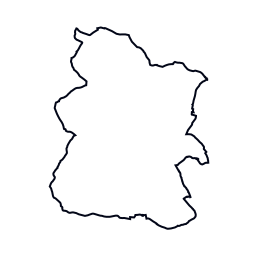 Catina, Cluj, Romania, rotated 174°
{"feature_id": "2599482B31598645365183", "entity_name": "Catina", "entity_type": "district", "adm_level": 2, "iso_a3": "ROU", "parent_name": "Romania", "parent_adm1": "Cluj", "projection": "albers", "projection_center": [24.16, 46.852], "detail": "fine", "context": "isolated", "style": "outline", "palette": "ink", "viewbox_px": 256, "rotation_deg": 174, "n_neighbors": 0, "source": "geoboundaries", "source_scale": "gbopen_adm2", "svg_char_len": 5656}
<svg xmlns="http://www.w3.org/2000/svg" viewBox="0 0 256 256"><g transform="rotate(174 128 128)"><path d="M148.1,230.4L147.7,228.9L152.5,226.6L155.9,224.5L156.5,224.4L157.4,224.7L159.6,225.8L163.0,227.3L163.5,227.7L165.1,228.4L166.2,229.4L167.1,230.3L167.7,231.4L168.1,232.0L168.9,232.4L169.9,230.8L170.3,230.4L170.7,228.7L170.6,227.8L170.6,227.1L170.9,226.3L171.4,225.6L171.5,224.8L171.5,223.8L171.3,222.9L169.9,221.2L168.9,220.7L165.5,218.6L164.8,218.1L164.6,217.6L164.9,217.0L166.6,215.1L168.8,211.8L170.0,210.2L171.2,209.4L171.0,208.7L173.2,205.5L173.9,204.8L174.4,204.5L175.6,203.8L176.9,203.5L177.0,202.4L177.7,200.4L177.7,199.5L177.6,199.2L177.2,198.0L177.1,196.1L176.8,194.7L176.1,193.6L175.5,191.4L174.4,190.5L172.5,188.3L171.2,186.0L171.1,185.4L170.2,184.2L169.0,183.2L166.4,180.8L164.4,178.7L165.1,174.9L166.2,174.8L169.6,173.5L171.0,173.2L172.6,173.1L174.3,173.2L175.7,173.0L176.9,172.5L179.9,170.8L180.8,170.4L182.4,169.0L183.5,168.3L185.0,166.9L186.3,166.0L188.7,165.0L191.3,164.6L192.1,164.2L192.8,163.6L193.5,162.7L193.7,162.4L193.8,161.8L194.7,161.7L195.7,161.1L196.9,160.9L197.3,160.2L197.9,158.3L198.7,156.0L198.8,155.4L197.2,149.6L196.3,147.1L195.3,144.6L194.7,143.3L193.4,140.9L192.5,138.7L192.0,136.4L191.8,134.1L191.6,133.6L190.7,133.5L190.2,133.1L190.1,132.4L190.1,131.8L189.6,131.3L188.2,130.6L186.3,130.4L185.3,130.0L184.1,129.2L182.4,127.6L181.2,126.3L182.5,125.9L182.8,125.7L183.8,124.5L184.5,123.3L185.1,122.7L186.6,121.6L188.8,118.7L190.2,116.5L190.4,115.6L191.3,114.1L191.4,112.5L191.3,110.6L191.4,109.5L192.4,108.1L193.4,107.1L194.3,105.8L196.3,103.7L197.4,102.9L198.6,102.4L198.8,101.5L199.0,101.1L200.3,99.7L200.6,98.8L201.1,97.9L202.3,96.3L202.2,95.7L202.3,95.6L203.1,95.1L203.4,94.8L203.6,94.5L203.9,94.2L204.4,93.9L206.6,91.2L206.9,90.7L207.0,90.1L207.0,89.4L206.9,88.7L206.2,87.3L205.9,86.8L206.1,85.9L206.7,84.8L207.3,84.2L208.6,82.7L209.3,82.3L210.4,81.0L211.9,78.0L211.5,77.3L210.8,76.0L210.4,73.6L210.1,72.6L209.7,68.3L209.4,67.3L208.9,66.4L207.6,65.7L206.8,64.9L203.2,60.8L202.9,59.7L202.8,58.8L202.9,57.9L202.9,57.4L202.7,57.1L202.3,56.9L201.7,56.2L201.6,55.8L201.8,54.7L201.5,53.1L201.3,52.9L201.0,52.6L199.1,52.2L197.7,51.7L196.3,50.4L195.4,49.9L194.6,49.7L192.2,49.9L191.3,49.8L188.4,48.8L185.9,47.3L180.0,45.1L177.1,45.4L174.8,46.0L172.6,46.5L171.9,46.5L171.0,46.3L170.0,45.9L165.7,44.1L164.6,43.7L163.1,43.4L161.0,42.5L159.0,42.0L155.6,41.6L154.0,41.7L149.7,42.1L148.1,42.0L147.7,41.8L147.1,41.5L146.5,40.8L145.9,39.9L145.3,39.5L144.5,39.3L143.0,39.0L141.1,38.9L135.4,37.2L135.2,39.2L131.3,38.4L130.7,39.0L130.2,39.6L129.8,40.3L129.7,40.7L127.8,40.6L125.4,40.7L124.5,40.4L123.0,39.7L122.9,39.5L122.9,39.2L122.5,39.1L122.4,40.0L120.5,39.6L119.5,39.7L119.1,35.9L117.8,36.0L117.3,35.9L116.2,35.4L115.3,34.7L112.9,32.6L109.8,30.2L108.8,29.1L109.0,29.0L107.7,28.0L104.8,26.3L101.8,25.0L100.5,24.2L99.3,23.7L98.4,23.6L95.8,23.6L91.7,24.2L89.6,25.0L88.7,25.6L88.0,25.3L87.3,25.3L86.7,25.4L85.0,26.1L83.8,26.0L83.1,26.1L82.2,26.4L80.3,26.5L79.8,26.9L78.7,27.5L77.9,28.0L77.2,29.0L75.5,29.7L74.6,30.2L72.3,31.0L71.6,31.4L70.1,32.9L69.9,33.7L69.7,34.5L69.8,35.8L70.6,38.9L70.7,39.1L71.2,39.4L71.7,40.2L71.9,40.8L72.4,41.1L72.9,42.0L75.0,44.4L80.0,51.8L79.7,52.1L78.9,52.4L78.0,53.0L77.2,53.3L76.8,53.3L76.4,53.6L75.7,53.2L75.4,53.4L74.7,53.5L74.4,53.4L73.6,53.4L73.4,52.7L73.1,52.8L73.3,53.5L73.3,53.9L74.3,57.4L74.7,57.8L74.8,57.9L74.7,58.6L75.2,59.7L75.5,60.6L75.8,60.8L75.9,61.0L76.4,61.9L76.4,62.3L76.5,62.4L77.4,63.5L77.6,64.0L78.1,64.2L78.2,64.4L78.4,65.2L79.1,66.9L79.1,67.4L79.3,67.9L79.3,68.5L79.6,69.1L79.5,69.4L79.8,70.6L79.8,71.1L80.1,72.2L80.0,73.0L80.3,73.4L80.7,74.6L80.8,75.6L80.7,76.3L80.6,76.7L80.8,77.3L80.8,77.9L81.3,78.9L81.6,79.0L81.9,79.4L82.0,79.7L81.9,80.4L82.4,80.8L84.6,85.9L82.9,86.0L82.3,86.1L81.1,87.3L76.1,90.2L75.4,90.8L73.8,92.5L73.6,92.7L71.7,93.0L71.8,93.2L70.1,93.3L68.7,92.8L67.8,92.1L67.5,91.6L67.0,91.3L65.9,91.1L64.5,91.1L63.0,89.8L62.8,89.8L62.6,90.0L62.5,90.5L61.6,90.1L61.4,89.8L61.7,89.5L61.8,88.6L61.6,88.1L61.0,87.2L60.7,86.5L60.0,85.2L59.0,84.4L58.0,84.0L56.6,84.4L54.8,85.2L53.7,85.3L53.1,85.1L51.8,85.1L51.8,86.0L51.7,86.9L51.9,88.7L51.9,89.8L52.3,90.9L52.7,92.6L53.8,94.9L52.6,96.0L54.0,98.1L54.7,99.0L54.8,99.3L54.5,100.2L54.5,101.4L54.9,102.2L55.2,102.6L56.3,104.6L57.4,105.8L58.1,106.5L60.0,109.1L61.6,110.9L62.2,111.5L62.9,112.7L65.4,114.7L65.9,115.0L68.2,115.5L70.7,115.7L68.5,119.7L66.0,122.4L64.4,124.1L63.9,124.8L63.6,126.2L60.1,130.0L59.7,130.7L59.2,132.2L59.1,133.0L61.8,134.2L63.1,134.6L63.2,134.9L62.8,137.1L61.2,136.8L61.6,138.1L61.5,138.8L61.2,140.0L61.7,140.4L62.2,140.6L61.2,143.8L61.3,144.2L61.5,144.6L61.1,144.8L60.6,146.0L59.9,148.4L58.1,152.8L57.4,155.1L57.0,156.7L56.5,158.3L56.2,158.9L54.9,160.5L52.9,162.4L51.8,164.2L48.9,166.2L47.6,166.6L44.6,167.9L44.4,167.9L44.2,167.8L44.1,168.3L44.5,168.9L44.6,169.3L45.4,169.5L45.6,169.8L45.8,170.7L45.9,170.8L46.3,170.7L47.1,172.2L47.6,172.9L48.3,174.1L49.4,175.3L50.4,176.1L54.7,177.9L55.3,178.0L57.1,177.7L58.2,178.0L60.6,178.9L62.1,179.8L63.2,180.9L64.0,182.2L64.2,182.4L65.0,183.5L66.1,185.7L66.5,186.3L67.2,186.8L70.2,187.6L71.5,187.7L72.5,188.0L73.9,188.5L74.4,188.8L74.9,188.6L76.1,187.7L76.3,187.1L76.7,186.8L78.4,187.0L80.7,187.0L82.8,186.6L84.7,186.1L87.2,185.2L90.4,186.3L92.7,187.4L92.7,187.7L94.5,187.9L96.7,187.5L97.8,187.7L99.1,188.3L99.3,188.4L99.5,189.3L99.7,190.6L99.7,193.0L100.2,193.9L102.0,196.6L103.3,200.6L103.8,201.5L104.5,202.3L104.7,203.2L107.0,206.0L108.6,207.0L110.5,207.5L115.1,213.4L117.0,218.1L117.5,220.3L121.0,221.4L126.5,221.9L129.6,222.9L133.8,226.0L140.0,229.6L140.8,229.8L141.1,229.5L144.5,230.8L148.1,230.4Z" fill="none" stroke="#020617" stroke-width="2"/></g></svg>